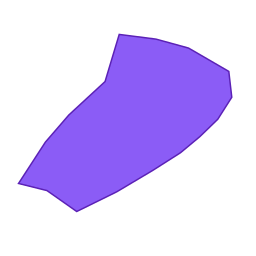 Águas de São Pedro, São Paulo, Brazil (Natural Earth projection), rotated 103°
{"feature_id": "56859067B74194604181360", "entity_name": "Águas de São Pedro", "entity_type": "district", "adm_level": 2, "iso_a3": "BRA", "parent_name": "Brazil", "parent_adm1": "São Paulo", "projection": "natural_earth1", "projection_center": [-47.876, -22.599], "detail": "fine", "context": "isolated", "style": "filled", "palette": "violet", "viewbox_px": 256, "rotation_deg": 103, "n_neighbors": 0, "source": "geoboundaries", "source_scale": "gbopen_adm2", "svg_char_len": 361}
<svg xmlns="http://www.w3.org/2000/svg" viewBox="0 0 256 256"><g transform="rotate(103 128 128)"><path d="M128.5,188.5L160.3,205.3L206.7,222.2L207.2,192.9L220.9,159.2L192.6,124.5L163.5,94.1L140.3,71.3L120.3,56.1L99.3,42.5L74.7,33.8L50.2,42.5L36.5,87.0L35.1,120.7L38.8,157.6L87.9,160.8L128.5,188.5Z" fill="#8b5cf6" stroke="#5b21b6" stroke-width="1.5"/></g></svg>